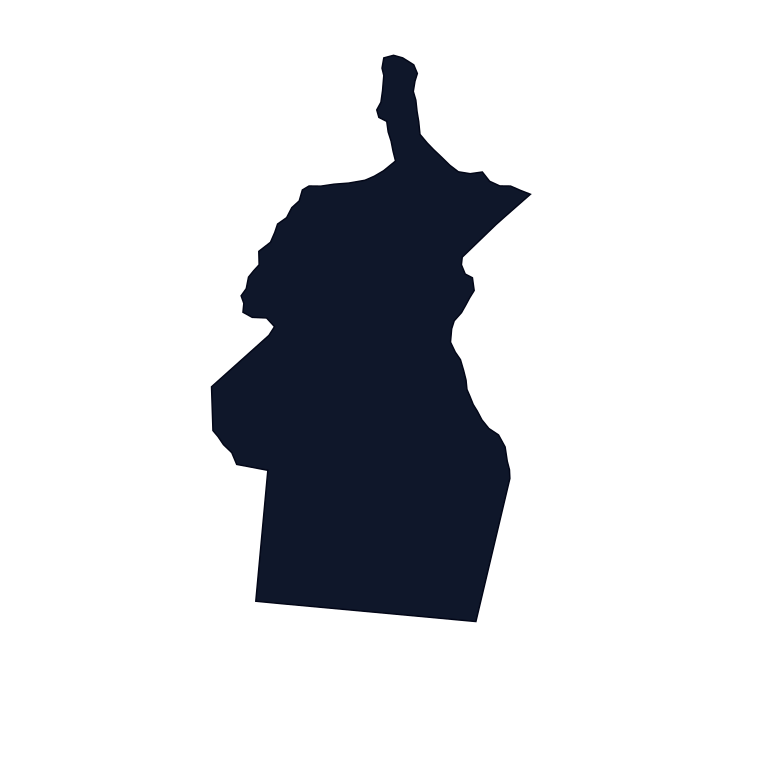 Cravolândia, Bahia, Brazil, rotated 226°
{"feature_id": "56859067B17277880665383", "entity_name": "Cravolândia", "entity_type": "district", "adm_level": 2, "iso_a3": "BRA", "parent_name": "Brazil", "parent_adm1": "Bahia", "projection": "mercator", "projection_center": [-39.753, -13.429], "detail": "fine", "context": "isolated", "style": "filled", "palette": "ink", "viewbox_px": 768, "rotation_deg": 226, "n_neighbors": 0, "source": "geoboundaries", "source_scale": "gbopen_adm2", "svg_char_len": 1359}
<svg xmlns="http://www.w3.org/2000/svg" viewBox="0 0 768 768"><g transform="rotate(226 384 384)"><path d="M469.3,228.6L461.7,228.1L451.9,226.4L440.3,226.8L428.5,222.2L402.6,240.5L316.8,140.9L297.5,157.4L149.3,285.1L228.6,408.9L235.2,414.7L242.8,419.0L254.6,427.4L267.8,431.0L279.2,428.5L290.2,429.5L299.8,432.3L307.2,433.9L315.6,437.3L322.5,439.9L329.8,445.7L338.3,450.6L348.4,455.9L357.4,457.4L367.9,460.9L376.7,471.0L380.7,478.4L381.5,489.3L384.0,497.7L386.5,505.5L388.6,513.8L399.0,521.4L406.7,518.8L416.0,522.5L420.9,528.4L420.9,575.1L420.4,587.4L418.8,621.1L428.6,616.6L438.5,612.5L446.0,604.9L456.5,600.8L468.2,602.0L475.4,592.1L485.0,584.9L495.6,583.3L506.6,583.0L518.3,582.5L527.3,582.5L538.6,583.3L548.7,591.3L557.1,597.1L566.1,604.1L574.1,608.3L580.3,616.6L584.2,623.7L592.9,627.1L605.6,624.0L613.8,619.2L618.7,610.4L612.6,602.0L606.1,598.2L596.0,586.7L588.8,577.5L586.2,569.2L579.3,565.5L571.0,568.4L562.4,562.1L553.9,557.9L545.1,552.2L536.4,547.2L537.7,531.8L540.2,521.4L543.8,511.8L553.1,498.1L562.4,486.9L570.2,476.0L578.5,467.6L580.3,460.1L574.6,450.2L574.9,440.2L571.3,429.5L573.0,418.6L568.9,410.7L564.8,400.8L566.4,386.1L556.5,377.0L556.0,369.0L555.0,360.8L548.3,351.2L546.7,342.5L539.4,339.2L533.6,332.4L523.5,335.5L513.1,345.4L501.3,345.1L498.9,335.0L501.8,258.0L469.3,228.6Z" fill="#0f172a" stroke="#020617" stroke-width="1.5"/></g></svg>